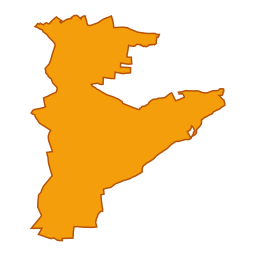 outline of Carastelec, Salaj, Romania
{"feature_id": "2599482B43176721929294", "entity_name": "Carastelec", "entity_type": "district", "adm_level": 2, "iso_a3": "ROU", "parent_name": "Romania", "parent_adm1": "Salaj", "projection": "natural_earth1", "projection_center": [22.689, 47.305], "detail": "fine", "context": "isolated", "style": "filled", "palette": "amber", "viewbox_px": 256, "rotation_deg": 0, "n_neighbors": 0, "source": "geoboundaries", "source_scale": "gbopen_adm2", "svg_char_len": 5566}
<svg xmlns="http://www.w3.org/2000/svg" viewBox="0 0 256 256"><path d="M73.0,238.1L73.0,237.1L73.2,234.8L73.3,232.2L74.0,226.8L76.7,226.6L84.2,227.2L89.4,227.3L92.0,227.4L96.8,226.9L96.0,223.9L95.7,222.9L95.7,222.1L96.2,219.7L96.6,218.2L97.1,217.3L97.4,216.6L97.8,214.8L98.3,213.9L99.5,212.7L100.2,211.8L100.2,211.6L102.6,211.2L102.7,209.3L102.1,206.7L102.0,205.3L101.5,201.9L100.9,194.8L104.0,194.1L103.5,189.1L106.7,188.2L110.6,187.4L111.8,186.7L113.9,184.9L116.5,183.3L119.5,182.3L122.9,180.8L128.7,179.1L130.4,178.4L131.9,177.5L134.2,176.5L136.3,175.5L140.7,172.9L142.3,171.8L142.1,171.0L142.1,169.3L142.3,168.4L142.8,167.0L143.2,166.1L143.6,165.5L144.8,164.8L146.5,163.2L149.0,161.9L152.6,159.6L154.4,158.2L155.6,156.6L156.3,156.0L158.9,154.0L165.1,149.8L166.1,149.3L168.4,147.4L170.2,145.5L172.4,143.7L174.5,142.2L176.7,141.3L178.6,141.4L185.5,139.5L186.5,139.5L189.1,139.6L191.1,138.2L191.3,137.8L191.0,137.0L190.5,137.4L190.0,136.6L187.4,131.5L188.7,131.0L190.3,129.9L190.1,129.4L190.4,129.3L190.8,128.9L191.0,128.3L191.6,125.9L192.2,126.2L193.0,127.3L194.7,130.6L194.7,131.0L194.6,131.4L194.2,131.5L194.0,132.1L193.5,132.3L193.3,132.7L193.5,133.3L193.6,134.0L193.1,134.5L192.5,135.0L192.6,135.6L192.2,135.8L191.9,136.3L192.0,136.5L195.1,134.6L195.8,133.9L196.4,133.0L196.5,132.3L196.4,131.4L196.5,130.6L196.8,129.8L197.2,129.0L199.4,126.8L200.7,125.1L201.1,124.4L201.6,121.7L201.6,120.8L201.3,120.4L201.4,120.1L202.0,119.5L203.1,118.8L204.5,117.5L205.5,117.2L209.7,114.8L211.7,114.1L212.2,113.8L213.1,112.3L213.8,111.7L214.5,111.3L219.5,109.0L220.1,108.6L221.5,107.3L224.7,105.4L224.8,105.1L224.8,104.2L224.7,103.3L223.8,100.0L223.2,99.9L222.9,99.6L220.4,96.7L219.0,95.5L222.4,95.1L222.7,94.7L223.0,92.8L222.9,92.3L223.6,92.0L223.7,91.7L223.8,90.6L223.6,89.1L223.4,88.9L221.9,88.9L220.4,88.7L219.5,89.1L218.4,90.3L217.7,90.6L212.5,90.8L211.3,91.4L208.3,92.3L207.7,92.8L205.9,92.8L205.3,93.1L201.5,92.3L200.6,92.0L199.7,91.4L198.9,91.1L197.4,90.9L194.2,90.9L193.1,91.0L191.0,90.8L188.5,90.8L187.0,90.6L184.6,90.9L181.9,91.8L178.4,92.2L179.2,94.0L181.6,93.7L181.8,93.9L182.6,93.7L183.9,95.9L184.5,97.2L184.3,97.4L183.1,97.8L179.8,99.3L175.6,100.8L171.7,92.9L169.3,94.1L166.9,96.0L165.0,97.5L161.4,98.1L158.7,98.2L155.8,99.3L153.6,99.2L152.1,99.9L149.9,101.5L149.2,102.1L148.3,103.9L147.5,104.5L146.6,104.9L144.8,106.1L144.2,106.3L142.2,106.3L141.2,107.6L139.9,108.3L139.8,109.0L139.7,109.2L138.6,109.6L136.4,108.7L133.1,107.6L131.8,107.0L130.4,106.5L123.0,103.5L122.7,103.1L122.1,101.6L121.5,101.1L118.6,99.3L116.1,98.2L113.2,96.9L107.0,94.8L102.7,92.5L98.8,90.0L97.0,89.2L95.2,87.6L92.8,86.4L91.8,85.4L91.3,84.4L92.7,84.1L92.8,83.8L97.8,83.3L98.9,83.7L99.3,84.1L100.1,84.2L101.6,84.5L102.3,84.5L102.6,84.2L103.1,84.2L103.3,77.4L110.8,78.5L114.6,78.6L115.1,72.2L121.9,73.5L123.2,73.6L130.5,72.8L130.6,67.6L120.5,67.1L120.6,63.3L122.4,63.2L124.6,63.7L128.8,64.2L131.8,63.9L131.8,63.5L131.7,63.5L131.3,57.2L128.2,57.2L126.8,56.8L128.7,45.3L130.1,45.9L131.9,46.0L132.6,46.3L133.4,46.4L135.1,46.0L136.4,44.6L137.1,44.3L137.6,44.3L138.5,44.6L139.9,44.7L140.8,44.5L141.0,44.7L141.0,45.1L141.1,45.6L141.7,45.6L142.1,45.8L142.5,45.8L142.9,46.3L143.4,46.5L143.7,46.5L144.2,46.0L144.4,46.0L145.4,46.7L146.4,46.6L147.6,46.2L148.8,45.0L149.6,44.6L149.8,44.6L150.0,45.1L151.0,44.6L151.4,44.8L152.0,44.5L152.2,44.8L153.2,44.4L154.6,44.8L156.3,43.4L156.4,42.5L156.2,41.5L156.9,37.0L157.7,37.2L158.3,37.1L158.5,36.8L158.8,35.6L159.3,34.9L159.4,34.4L156.5,34.4L155.2,33.5L152.3,33.4L150.8,33.5L146.8,33.4L139.7,32.5L137.2,32.0L129.3,28.8L127.5,27.7L125.4,27.5L124.0,27.2L122.1,27.2L113.8,27.6L113.4,24.3L112.6,20.1L111.4,16.0L110.5,16.3L109.9,16.7L107.0,17.7L103.3,19.2L99.7,21.5L99.2,22.0L97.9,22.8L89.9,25.7L89.1,25.3L87.7,25.1L87.5,24.7L86.7,21.9L86.4,20.4L85.4,17.2L84.8,16.6L84.8,16.4L85.3,16.3L85.4,16.2L85.2,16.0L84.4,15.9L83.2,16.2L81.2,17.5L80.8,17.7L81.3,18.3L81.2,18.7L80.8,18.9L80.5,18.5L79.4,17.8L78.7,16.8L77.6,16.0L77.5,15.7L76.8,15.4L75.7,15.5L75.2,15.4L74.1,15.6L71.3,17.5L71.2,17.8L71.5,18.2L71.5,18.4L71.2,18.6L69.0,18.9L67.9,18.9L65.0,20.4L64.2,21.0L63.6,21.2L61.0,23.0L59.8,21.7L61.7,20.7L57.9,18.2L56.5,16.9L54.2,18.7L50.8,21.8L50.9,22.0L49.2,23.8L48.0,23.6L47.2,23.1L46.2,22.8L45.1,23.3L43.3,24.8L40.7,23.6L40.2,23.2L39.3,24.2L37.8,23.5L37.3,24.0L35.7,26.0L35.0,26.6L37.3,27.3L39.8,29.0L40.9,29.4L41.4,29.4L42.7,30.2L43.0,31.6L44.4,32.7L46.6,34.3L49.1,37.5L50.6,38.8L51.7,40.2L54.1,42.4L54.3,43.2L54.8,43.8L55.1,44.6L54.9,46.8L54.5,47.0L54.4,48.1L53.7,49.7L53.0,52.4L52.6,52.9L52.5,53.6L51.7,56.5L51.6,57.2L49.3,63.8L45.1,68.6L45.5,70.0L45.9,73.2L46.4,73.4L46.7,73.8L46.8,74.2L47.5,74.7L48.2,75.8L48.2,76.4L49.0,77.0L49.5,77.7L51.2,78.8L52.7,82.8L56.3,86.7L56.5,87.1L57.2,87.8L56.9,90.0L56.5,90.9L56.3,91.9L55.6,92.6L54.8,92.8L49.0,95.5L47.0,96.7L46.0,96.9L43.5,98.0L44.9,105.3L45.5,106.7L43.6,107.6L38.3,108.8L35.3,109.3L33.9,109.7L33.1,110.2L32.7,110.6L31.2,113.0L31.9,113.6L34.6,114.8L35.5,117.3L38.2,121.0L38.6,122.1L39.4,123.0L40.9,124.1L45.7,127.1L49.3,129.5L50.7,130.2L49.1,133.3L48.5,135.0L48.3,136.6L48.3,137.9L48.8,141.1L50.7,146.3L51.6,149.3L52.4,151.6L46.7,152.4L46.8,152.8L47.1,153.6L47.3,155.4L48.0,157.1L48.2,160.0L48.5,162.5L48.9,164.6L52.1,175.7L44.3,185.3L43.6,186.0L41.8,189.8L41.0,192.3L38.8,194.7L38.5,196.0L38.2,199.2L37.9,201.9L37.8,206.3L37.6,206.9L39.6,211.2L41.6,215.8L31.3,228.3L41.9,228.3L40.5,230.9L38.4,234.4L41.5,235.4L45.6,236.9L50.9,238.7L52.4,238.0L53.5,238.1L54.9,238.5L55.3,238.7L55.7,239.1L56.6,239.8L57.2,240.1L58.0,240.4L62.3,240.6L62.2,238.5L73.0,238.1Z" fill="#f59e0b" stroke="#b45309" stroke-width="1.5"/></svg>